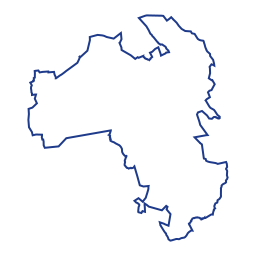 Dikļu pag., Kocenu, Latvia
{"feature_id": "27541924B58624620212136", "entity_name": "Dikļu pag.", "entity_type": "district", "adm_level": 2, "iso_a3": "LVA", "parent_name": "Latvia", "parent_adm1": "Kocenu", "projection": "orthographic", "projection_center": [25.062, 57.572], "detail": "fine", "context": "isolated", "style": "outline", "palette": "blue", "viewbox_px": 256, "rotation_deg": 0, "n_neighbors": 0, "source": "geoboundaries", "source_scale": "gbopen_adm2", "svg_char_len": 5746}
<svg xmlns="http://www.w3.org/2000/svg" viewBox="0 0 256 256"><path d="M173.1,19.2L171.2,17.2L169.4,18.8L166.9,20.6L163.3,15.9L161.6,15.7L146.7,15.4L145.0,15.8L138.9,18.0L146.4,26.3L148.8,30.4L150.3,33.6L150.9,34.2L151.6,34.7L152.6,36.4L153.4,37.0L157.3,41.9L158.1,42.5L158.4,43.3L159.1,43.7L159.6,43.8L160.4,44.7L162.0,44.4L165.3,46.6L166.0,47.4L166.2,48.5L168.4,50.6L169.0,52.2L166.1,52.6L165.5,53.4L161.0,55.6L160.6,53.8L158.3,47.3L155.2,48.9L152.2,51.8L150.0,52.7L152.2,57.0L150.4,58.5L150.4,59.0L150.1,59.2L149.3,60.1L148.9,59.7L147.8,59.6L147.5,59.5L147.0,59.0L146.2,59.0L145.9,58.6L145.7,58.5L144.8,58.3L144.7,58.2L144.5,57.6L144.5,57.4L144.3,57.2L143.6,57.0L143.1,56.5L143.2,55.9L138.7,57.8L137.7,57.2L135.2,58.9L130.8,55.3L121.6,50.0L121.4,47.4L119.5,42.9L119.9,42.6L121.5,39.2L120.9,33.0L113.7,38.6L106.7,37.0L104.0,35.8L102.2,35.4L97.6,34.9L89.8,37.0L89.9,40.2L87.4,50.7L80.5,57.0L79.8,56.5L79.6,56.7L80.3,57.2L80.2,57.3L79.8,57.2L79.2,59.0L77.4,62.8L65.9,71.2L63.9,72.8L61.6,74.5L59.7,75.6L56.0,78.3L55.8,78.3L55.9,77.6L55.8,77.3L55.1,75.7L54.6,74.7L54.0,71.9L51.5,72.1L48.4,72.4L48.3,71.5L42.6,71.9L39.6,72.4L38.4,70.5L35.5,70.8L34.7,71.0L34.9,73.1L34.8,77.6L33.8,78.0L33.9,80.6L33.1,80.7L33.1,81.4L30.3,82.6L31.8,85.3L31.7,85.7L31.1,86.8L31.0,88.6L31.3,90.1L31.5,92.6L32.0,93.3L32.0,95.0L35.2,94.5L36.0,94.5L34.8,98.7L36.9,103.3L32.4,107.6L28.6,108.9L28.9,114.1L28.4,119.8L29.0,127.3L31.9,132.0L32.7,135.3L36.1,134.5L42.0,134.7L42.0,135.9L41.8,137.3L42.1,138.5L42.3,139.5L43.2,139.5L43.6,141.4L43.7,145.4L44.8,147.8L58.6,146.4L66.3,138.2L110.8,130.4L110.8,130.6L109.9,133.4L109.5,134.2L109.6,134.4L109.6,134.7L109.1,135.0L109.8,135.3L110.0,135.6L109.7,136.0L109.8,136.2L110.0,136.3L110.0,136.8L110.1,137.0L109.9,137.6L110.2,137.7L110.2,137.9L110.2,138.0L110.3,138.3L110.6,139.0L110.2,139.1L110.1,139.3L110.4,139.9L110.4,140.5L110.5,140.8L112.1,141.6L114.2,142.4L115.5,143.3L119.4,145.3L120.1,146.0L121.0,147.1L121.9,148.8L121.9,149.1L122.0,149.7L122.1,151.6L122.2,152.1L123.0,153.7L124.5,155.5L125.0,155.9L125.5,156.1L126.2,155.9L126.4,155.9L126.5,156.0L126.3,156.7L126.0,157.4L125.7,157.6L125.7,158.0L125.5,158.4L125.2,159.6L124.9,160.0L124.8,160.3L124.8,161.1L125.1,162.0L124.7,163.8L124.6,164.5L124.7,165.3L124.9,165.5L125.1,165.8L125.3,165.9L125.6,166.4L125.8,166.5L126.4,167.4L127.1,167.7L127.2,168.0L127.8,168.0L128.7,168.6L129.7,168.1L130.5,168.1L131.0,168.1L131.1,167.9L131.8,168.2L132.9,167.9L133.9,167.4L134.2,166.5L134.4,166.3L137.4,176.5L139.8,185.3L143.5,186.5L148.6,186.0L148.4,187.0L148.4,189.0L147.1,193.5L146.5,195.3L145.8,197.7L142.7,201.7L138.5,198.2L134.5,200.8L136.4,202.7L137.2,202.9L137.7,203.1L138.2,203.7L139.2,204.4L139.3,205.4L138.6,207.1L138.5,208.3L138.2,211.3L138.4,212.2L141.4,213.0L142.5,211.1L145.0,211.8L144.8,207.0L144.6,205.4L144.6,203.5L147.0,205.1L148.8,206.6L161.9,210.3L166.2,205.9L167.5,206.8L166.6,209.3L167.1,210.0L170.5,214.1L168.8,224.0L168.5,225.7L165.0,224.3L163.9,223.7L159.8,222.3L160.2,223.9L160.3,224.6L160.4,225.3L160.8,225.8L161.1,226.4L164.1,231.2L165.4,233.0L166.0,233.4L166.3,234.9L167.4,236.4L168.1,237.9L168.5,239.3L170.3,240.6L170.5,240.6L171.9,240.3L176.2,239.0L177.3,239.0L179.0,239.2L181.4,238.1L184.2,237.6L184.9,237.2L185.3,236.9L186.5,235.5L187.8,233.2L188.9,232.1L191.2,230.5L192.4,230.6L189.7,225.3L189.2,224.7L189.3,224.3L189.1,224.0L189.2,223.9L189.0,223.6L189.2,223.4L190.3,222.6L191.0,221.2L190.9,221.0L191.0,220.8L191.4,220.8L191.5,220.1L192.0,219.4L192.4,218.6L193.8,218.0L194.3,218.1L194.5,217.9L195.6,217.7L195.9,217.5L196.3,217.6L197.1,217.3L197.5,217.4L197.8,217.6L198.8,217.6L199.3,217.8L199.7,217.9L199.9,218.0L200.1,218.4L201.0,218.6L201.0,218.9L201.2,219.3L201.6,219.1L201.8,219.3L202.3,219.0L202.6,218.6L202.6,218.3L202.8,218.3L203.1,218.5L203.4,218.5L203.5,218.2L204.1,218.1L204.3,217.9L204.3,218.0L205.4,218.0L211.4,214.4L212.8,214.6L213.1,212.6L213.5,211.1L213.9,210.5L213.7,210.1L213.8,209.8L214.3,209.0L215.1,208.4L214.6,207.6L214.3,206.2L214.6,205.1L214.9,204.8L215.0,204.3L215.3,203.5L216.4,202.9L217.2,202.6L217.3,202.3L217.4,201.8L217.5,201.7L217.4,201.2L217.5,200.8L217.5,200.4L217.6,200.2L218.4,199.6L219.0,199.3L219.7,198.6L220.3,197.6L220.9,196.8L220.9,196.5L221.0,195.9L220.9,194.9L221.0,188.9L220.9,188.7L221.0,188.4L221.0,187.9L221.5,186.9L221.6,186.5L221.6,185.5L221.8,185.3L222.2,184.9L222.8,184.3L224.7,183.3L225.1,183.1L225.9,182.5L226.1,182.1L225.9,180.8L226.3,179.9L227.1,179.0L227.2,178.8L227.3,178.1L227.6,177.6L226.9,175.2L227.2,171.1L226.8,170.1L226.1,169.1L226.1,168.7L227.1,167.0L227.1,166.6L226.8,163.8L226.1,162.0L217.7,163.9L216.7,163.4L215.3,163.0L209.8,162.1L208.6,161.8L207.4,161.4L206.1,160.7L205.7,159.0L203.9,158.5L203.7,157.4L201.9,144.4L200.4,143.3L200.0,143.0L200.0,142.8L199.8,142.7L196.1,138.9L194.6,137.3L206.3,135.2L207.6,135.1L200.2,124.9L199.4,121.8L198.1,117.8L197.6,116.4L197.0,114.5L198.0,112.4L202.0,111.0L207.1,115.5L209.1,118.5L211.9,118.8L213.7,117.1L215.2,116.9L216.3,117.3L216.4,117.7L216.6,117.7L217.4,118.0L217.5,118.2L218.0,118.4L218.3,118.2L218.7,118.4L218.8,118.2L219.4,118.3L219.7,118.1L219.7,116.7L217.4,114.9L215.0,111.2L213.9,109.8L210.5,107.9L209.7,107.0L209.2,106.3L205.8,100.6L205.6,100.4L206.7,99.2L209.9,97.2L208.0,92.3L208.5,91.7L209.5,90.7L211.5,90.1L213.2,86.9L214.7,84.2L212.3,80.1L211.8,80.3L208.8,78.3L210.1,73.2L209.9,68.2L209.6,66.9L211.5,64.3L213.0,64.9L214.3,65.6L214.1,63.9L213.9,63.0L213.1,59.8L210.2,56.1L210.0,53.9L207.2,51.4L206.3,49.8L206.4,49.6L205.7,48.2L205.2,46.8L204.6,44.4L204.0,42.7L203.8,41.7L203.4,40.8L203.1,40.7L201.0,40.4L199.5,40.0L197.9,39.0L197.5,38.5L194.6,33.9L191.9,33.3L191.5,32.7L190.8,31.4L185.2,31.0L181.6,28.9L178.5,25.5L178.2,24.9L177.3,23.7L176.7,22.8L174.8,20.9L173.1,19.3L173.1,19.2Z" fill="none" stroke="#1e3a8a" stroke-width="2"/></svg>